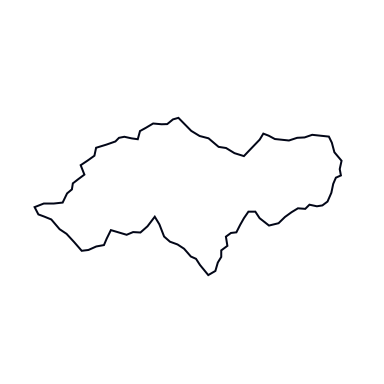 Nova Luzitânia, São Paulo, Brazil, rotated 334°
{"feature_id": "56859067B29244160161724", "entity_name": "Nova Luzitânia", "entity_type": "district", "adm_level": 2, "iso_a3": "BRA", "parent_name": "Brazil", "parent_adm1": "São Paulo", "projection": "equal_earth", "projection_center": [-50.251, -20.87], "detail": "fine", "context": "isolated", "style": "outline", "palette": "ink", "viewbox_px": 384, "rotation_deg": 334, "n_neighbors": 0, "source": "geoboundaries", "source_scale": "gbopen_adm2", "svg_char_len": 1359}
<svg xmlns="http://www.w3.org/2000/svg" viewBox="0 0 384 384"><g transform="rotate(334 192 192)"><path d="M125.2,110.2L120.2,116.6L111.9,118.0L103.7,119.1L102.9,129.2L95.4,130.6L88.7,132.0L85.2,137.0L79.1,138.5L71.1,144.8L62.8,141.8L53.8,137.4L43.9,136.6L44.1,144.8L48.4,149.3L53.5,155.0L56.7,167.4L60.9,174.6L64.1,185.3L67.1,196.5L73.5,198.7L82.1,199.0L89.6,201.1L94.9,196.5L102.4,190.7L114.5,201.8L121.5,202.2L127.9,205.8L137.0,203.3L147.7,197.9L148.5,206.8L147.4,219.8L150.4,227.0L156.0,232.8L160.0,239.5L162.7,249.5L166.3,253.8L167.2,261.2L170.2,273.8L178.4,273.2L184.3,266.7L189.8,263.2L192.7,257.3L200.2,255.9L202.9,247.0L209.1,245.9L214.2,247.7L220.8,242.7L227.2,238.3L234.1,234.4L240.3,237.4L241.3,245.2L246.5,255.9L256.1,258.0L264.6,255.2L272.6,253.8L280.1,253.1L286.4,256.8L292.0,254.9L298.0,259.6L303.3,261.2L309.6,260.0L316.9,253.8L322.5,246.6L327.6,242.2L333.1,242.4L334.8,236.2L340.1,229.5L337.4,218.7L339.3,209.0L339.3,202.2L325.1,193.3L317.1,192.3L310.3,189.4L301.7,188.2L289.7,180.7L285.6,175.0L281.7,170.8L275.8,174.6L261.9,179.7L254.4,182.5L247.2,175.7L241.9,167.4L235.7,163.1L230.4,151.0L223.4,145.0L218.1,136.7L212.3,119.4L206.7,118.4L199.5,120.1L194.4,117.8L187.1,113.4L178.4,114.1L172.0,114.4L166.4,120.8L161.2,117.3L155.4,112.7L150.1,111.3L145.3,113.0L135.9,111.9L125.2,110.2Z" fill="none" stroke="#020617" stroke-width="2"/></g></svg>